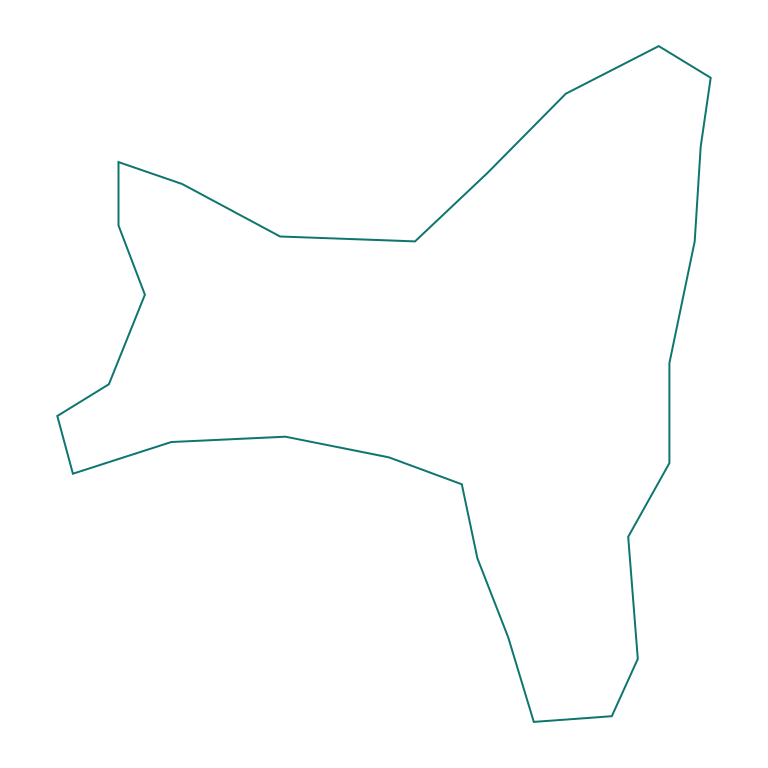 SVG path tracing the border of Christmas Island
{"feature_id": "IOA-2652", "entity_name": "Christmas Island", "entity_type": "state/province", "adm_level": 1, "iso_a3": "IOA", "parent_name": "Indian Ocean Territories", "parent_adm1": "", "projection": "albers", "projection_center": [105.657, -10.498], "detail": "fine", "context": "isolated", "style": "outline", "palette": "teal", "viewbox_px": 768, "rotation_deg": 0, "n_neighbors": 0, "source": "natural_earth", "source_scale": "10m", "svg_char_len": 457}
<svg xmlns="http://www.w3.org/2000/svg" viewBox="0 0 768 768"><path d="M658.7,46.1L710.7,77.8L700.7,146.6L694.7,241.4L669.4,363.1L669.4,463.1L628.2,536.8L637.8,658.9L611.8,716.2L533.8,721.9L508.2,637.3L477.4,558.3L461.8,484.3L389.0,457.4L285.3,436.7L171.3,442.0L72.9,473.7L57.3,416.0L108.9,384.2L144.9,294.7L118.5,225.5L118.5,162.1L182.1,184.0L280.1,236.5L415.0,241.4L487.4,173.0L565.8,93.7L658.7,46.1Z" fill="none" stroke="#0f766e" stroke-width="2"/></svg>